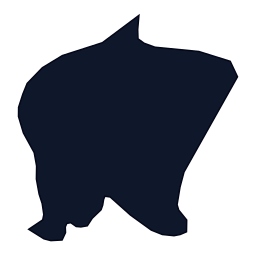 an SVG outline of Cerkno
{"feature_id": "SVN-1010", "entity_name": "Cerkno", "entity_type": "Municipality", "adm_level": 1, "iso_a3": "SVN", "parent_name": "Slovenia", "parent_adm1": "", "projection": "orthographic", "projection_center": [13.959, 46.128], "detail": "fine", "context": "isolated", "style": "filled", "palette": "ink", "viewbox_px": 256, "rotation_deg": 0, "n_neighbors": 0, "source": "natural_earth", "source_scale": "10m", "svg_char_len": 716}
<svg xmlns="http://www.w3.org/2000/svg" viewBox="0 0 256 256"><path d="M237.5,76.8L184.0,172.0L180.0,187.1L177.1,204.7L178.7,210.1L186.7,220.0L186.5,231.8L180.2,234.5L174.0,235.7L162.3,234.5L151.3,230.1L130.5,215.1L110.2,197.0L104.9,196.2L103.6,199.4L102.7,205.1L101.1,209.7L92.2,218.3L87.3,225.8L80.9,226.9L76.2,226.5L70.8,222.7L66.8,223.4L65.3,226.9L65.5,232.7L62.1,240.0L50.8,240.6L43.9,238.8L28.7,229.3L42.7,219.9L43.8,214.6L42.2,203.6L39.1,194.0L36.4,179.1L36.6,166.0L34.2,152.6L23.4,132.9L18.5,116.5L18.6,107.3L22.9,94.0L27.2,83.4L42.4,67.7L62.3,55.6L102.4,42.7L138.9,15.4L137.7,29.6L138.0,38.8L144.0,43.2L154.9,47.2L198.9,51.5L230.2,61.3L237.5,76.8Z" fill="#0f172a" stroke="#020617" stroke-width="1.5"/></svg>